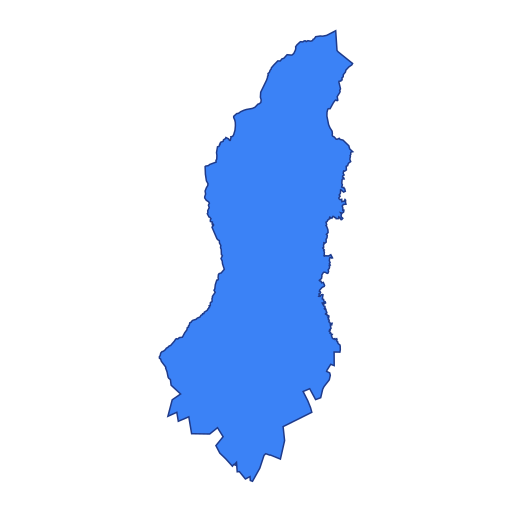 outline of Nyanga, Manicaland, Zimbabwe
{"feature_id": "62879985B16821678583413", "entity_name": "Nyanga", "entity_type": "district", "adm_level": 2, "iso_a3": "ZWE", "parent_name": "Zimbabwe", "parent_adm1": "Manicaland", "projection": "natural_earth1", "projection_center": [32.82, -17.911], "detail": "fine", "context": "isolated", "style": "filled", "palette": "blue", "viewbox_px": 512, "rotation_deg": 0, "n_neighbors": 0, "source": "geoboundaries", "source_scale": "gbopen_adm2", "svg_char_len": 6072}
<svg xmlns="http://www.w3.org/2000/svg" viewBox="0 0 512 512"><path d="M178.3,421.3L188.8,416.8L191.6,433.7L209.7,434.0L217.5,427.7L223.1,436.7L215.9,445.6L219.8,453.1L225.8,458.9L232.4,466.2L233.7,464.5L235.3,465.1L234.9,464.0L236.5,462.3L237.2,471.8L239.4,471.6L245.4,479.0L250.0,476.6L250.3,480.5L252.5,481.3L259.8,468.2L264.0,455.4L265.7,453.7L269.7,455.1L270.3,455.0L280.4,459.1L284.6,440.6L283.1,426.6L311.8,412.3L310.6,407.8L307.8,400.8L303.1,391.5L309.7,388.7L315.6,399.6L320.7,397.7L322.7,389.2L324.0,386.6L329.3,379.8L330.3,375.3L329.7,372.9L326.6,371.4L327.0,370.2L330.7,364.3L334.2,365.6L334.1,352.0L339.9,352.1L340.3,349.8L340.2,346.1L339.9,344.9L338.4,343.8L337.6,342.6L337.8,342.0L336.6,340.9L337.0,339.6L336.7,338.7L335.1,339.5L334.8,338.6L333.4,339.0L332.3,338.0L331.4,335.6L332.2,334.4L331.2,334.2L330.9,333.3L330.1,333.2L330.4,332.3L329.2,331.3L329.6,329.8L330.3,330.0L330.4,328.8L331.0,328.4L330.3,324.9L330.7,324.5L331.7,324.9L332.1,323.3L330.2,323.5L329.8,322.4L328.9,321.8L329.2,320.5L328.8,319.4L328.4,319.4L328.5,318.6L328.0,317.7L328.0,317.3L328.8,317.2L328.9,316.0L327.9,315.4L327.3,315.6L327.0,314.7L325.5,314.1L325.6,313.5L326.6,313.3L326.9,312.4L326.0,310.8L326.1,310.1L325.6,308.9L324.9,309.3L324.3,308.7L325.1,307.1L324.8,306.3L323.9,306.1L322.2,303.0L323.7,302.6L323.8,304.1L325.6,302.9L325.1,301.6L324.2,301.4L323.7,300.6L323.6,299.4L322.3,298.9L323.0,294.7L322.5,294.5L321.2,294.8L320.1,296.4L318.8,296.3L319.3,295.5L319.0,293.9L320.0,293.6L320.6,292.4L320.1,291.5L319.4,291.4L319.6,290.2L322.1,287.4L324.2,286.4L324.6,285.4L323.3,282.4L321.6,282.8L321.0,281.2L319.7,280.9L319.3,280.3L321.5,278.5L321.9,276.3L321.8,275.0L323.5,272.3L325.0,272.2L327.2,273.4L328.0,273.1L328.6,271.5L328.2,269.8L329.3,268.3L329.6,266.8L329.2,265.3L330.2,265.1L329.4,263.4L330.1,262.6L329.3,260.7L329.7,257.9L330.1,257.5L331.9,258.1L332.5,257.9L330.8,254.7L328.6,255.9L325.5,255.8L324.3,256.1L324.0,255.8L324.5,255.4L324.2,253.8L324.4,252.3L323.7,250.5L324.3,250.0L322.8,248.0L323.7,247.3L323.5,244.9L324.3,243.7L323.8,243.1L323.9,242.7L325.0,243.1L326.2,242.1L326.1,239.2L327.0,237.8L327.3,235.3L326.4,234.3L328.1,232.6L327.9,229.8L326.8,226.7L326.0,225.5L326.7,224.8L326.0,222.2L327.2,221.4L327.8,220.0L328.9,219.5L329.8,217.1L330.4,217.4L330.5,218.1L330.9,217.7L331.9,218.2L332.9,216.4L333.7,216.5L334.6,217.5L335.6,217.6L336.1,218.7L338.6,218.6L338.8,216.9L339.7,217.5L341.1,219.7L341.7,219.6L342.8,218.3L341.3,216.9L341.1,215.5L341.5,214.0L340.6,212.7L342.2,213.1L343.6,212.1L343.9,210.4L343.8,210.0L342.8,210.3L342.8,207.8L342.2,206.0L343.4,204.5L346.0,204.2L345.5,202.3L345.6,200.2L345.0,199.5L344.2,201.2L341.9,201.7L341.7,199.3L340.2,199.7L338.9,198.6L338.8,197.9L340.1,196.2L339.2,195.0L340.4,193.3L340.6,189.8L341.1,189.9L343.6,192.1L345.3,191.3L344.7,188.8L344.0,188.4L343.9,187.5L342.1,187.4L341.7,187.0L342.4,184.8L341.8,183.4L342.1,179.5L342.5,179.0L344.1,178.9L343.7,177.8L342.5,177.0L342.7,176.0L344.1,175.0L343.2,173.4L343.5,171.3L343.8,170.9L344.6,171.2L346.4,169.9L346.2,166.3L347.6,165.7L348.4,163.3L350.7,161.6L349.8,159.2L350.4,156.4L350.1,155.5L350.8,154.5L350.7,152.6L351.0,152.1L352.7,151.7L349.7,148.9L348.8,145.7L343.0,140.1L340.1,139.4L339.2,138.3L337.2,139.3L336.2,139.2L334.3,137.0L332.6,136.1L332.2,135.1L332.4,133.8L332.1,131.2L329.9,127.7L328.6,124.6L326.9,116.1L327.0,112.2L327.8,109.2L328.5,108.7L330.1,108.7L333.4,102.7L335.0,100.5L335.8,100.0L337.1,100.7L337.8,100.2L337.2,96.6L339.8,92.4L340.1,91.3L339.7,90.3L340.5,88.9L338.9,82.1L339.0,81.3L340.9,81.0L341.1,80.3L342.1,79.9L342.0,77.8L343.2,76.8L343.3,74.7L345.4,72.1L345.9,70.1L348.9,66.9L351.8,64.9L352.6,63.5L338.2,51.9L337.0,50.5L335.7,30.7L326.6,35.4L322.5,36.2L320.3,36.0L315.7,36.7L314.2,38.9L313.1,39.3L312.6,40.5L310.8,41.2L307.9,40.7L306.2,41.6L305.6,40.9L304.2,40.9L302.8,41.9L300.6,41.7L300.0,42.0L297.0,44.8L295.6,46.8L295.8,48.1L295.4,50.1L293.8,53.4L292.3,54.8L291.5,55.1L287.1,54.7L283.8,58.3L281.9,58.9L280.2,61.0L277.8,60.9L273.8,65.0L271.4,67.8L271.1,69.1L270.1,70.3L269.3,72.5L268.0,73.5L268.2,75.6L267.6,76.1L267.5,77.5L266.5,80.3L260.7,92.2L260.4,97.2L261.2,100.0L260.8,102.5L259.2,103.8L258.0,104.1L254.9,107.3L252.4,108.4L246.3,109.5L243.8,110.3L240.7,111.7L238.5,113.3L236.7,113.6L233.7,116.3L233.7,117.6L234.8,120.1L235.3,122.4L235.4,125.7L235.0,130.2L233.7,134.6L232.6,136.4L230.8,136.8L231.0,137.5L230.3,140.4L229.5,140.4L228.6,138.9L225.9,137.5L225.4,138.6L223.5,139.8L223.2,141.3L220.6,142.3L220.0,143.6L220.3,143.5L220.0,144.5L218.9,146.4L217.5,146.8L216.5,152.6L216.9,155.4L216.8,158.0L216.7,159.3L216.0,160.3L216.1,162.1L209.6,164.5L208.4,165.6L205.6,166.1L205.1,166.6L205.4,174.2L206.4,180.8L208.0,183.7L207.7,185.7L206.5,187.5L205.1,191.0L205.6,194.1L204.7,196.8L204.7,197.9L206.3,200.3L208.6,201.8L209.4,203.2L208.4,205.1L209.2,207.6L207.7,210.7L207.9,212.7L207.3,213.7L209.0,217.0L209.9,217.3L211.0,218.8L210.3,219.9L210.4,221.5L212.4,222.1L212.1,223.8L212.4,224.7L213.3,224.2L213.5,224.5L213.6,225.1L212.0,227.2L216.8,238.4L217.6,239.6L219.3,240.6L219.5,243.1L220.8,245.4L220.5,247.7L221.2,249.3L221.4,254.4L222.4,255.7L221.0,258.6L222.2,260.9L222.5,263.8L224.3,269.3L221.1,273.0L219.1,273.6L218.4,274.6L218.1,277.6L218.4,279.0L217.7,280.1L216.9,280.0L216.6,280.6L215.3,284.7L214.8,289.0L214.0,290.2L215.2,292.3L212.4,296.4L212.5,297.3L212.0,298.5L212.1,301.2L211.6,302.0L211.0,302.1L210.3,302.8L210.3,305.5L209.2,305.7L209.6,306.9L208.8,307.6L208.6,308.5L207.8,309.0L207.3,310.3L204.3,312.2L203.8,313.6L202.6,313.7L202.4,314.6L201.0,315.3L200.0,317.0L197.3,318.1L196.1,319.3L192.8,320.3L191.6,321.3L191.0,322.3L189.8,322.8L189.2,325.3L188.5,325.9L188.5,327.1L187.3,327.6L186.9,329.8L184.7,332.8L182.4,337.2L179.3,337.6L177.8,339.0L176.4,338.7L175.6,339.2L174.5,341.0L170.6,345.5L169.1,346.0L167.7,347.5L166.4,348.1L165.3,349.7L163.3,351.3L162.0,351.6L160.7,353.1L160.2,355.5L159.3,356.9L159.5,358.4L160.5,358.8L161.4,361.4L165.8,367.2L165.6,368.0L167.0,371.7L168.1,377.1L168.7,378.2L170.4,379.6L171.1,385.2L180.6,394.0L172.2,399.8L167.9,416.3L176.8,412.3L178.3,421.3Z" fill="#3b82f6" stroke="#1e3a8a" stroke-width="1.5"/></svg>